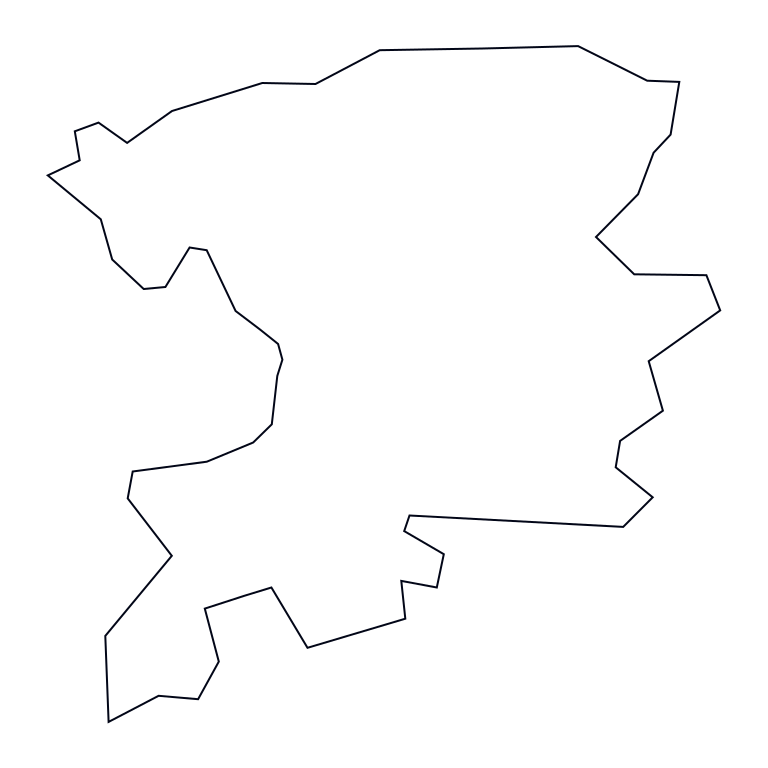 Andijan, Andijon, Uzbekistan
{"feature_id": "79887680B74226906580742", "entity_name": "Andijan", "entity_type": "district", "adm_level": 2, "iso_a3": "UZB", "parent_name": "Uzbekistan", "parent_adm1": "Andijon", "projection": "robinson", "projection_center": [72.393, 40.799], "detail": "fine", "context": "isolated", "style": "outline", "palette": "ink", "viewbox_px": 768, "rotation_deg": 0, "n_neighbors": 0, "source": "geoboundaries", "source_scale": "gbopen_adm2", "svg_char_len": 823}
<svg xmlns="http://www.w3.org/2000/svg" viewBox="0 0 768 768"><path d="M679.3,81.9L647.2,80.7L578.1,46.1L482.7,48.5L379.7,50.2L315.5,84.0L262.3,83.0L172.0,111.0L127.1,142.9L98.5,122.6L74.8,131.3L79.7,160.3L47.8,175.4L100.8,219.3L112.2,259.5L143.7,289.0L165.4,287.0L189.6,247.5L206.7,250.2L235.6,311.0L260.0,329.5L278.1,344.0L282.4,359.7L277.3,375.9L271.8,424.3L253.2,442.5L206.8,461.7L132.7,471.5L127.7,498.4L171.8,555.8L105.3,635.9L108.6,721.9L158.6,695.8L198.1,699.2L218.8,661.6L204.8,608.6L244.0,595.9L271.4,587.5L307.5,647.8L405.3,618.7L401.3,580.9L436.8,587.5L443.8,554.2L404.2,531.1L409.5,515.5L623.2,526.9L652.7,497.3L615.7,467.3L620.1,440.9L662.9,410.7L648.7,361.2L720.2,310.4L706.4,275.2L634.2,274.3L596.0,237.0L638.1,194.2L653.6,152.7L670.6,134.6L679.3,81.9Z" fill="none" stroke="#020617" stroke-width="2"/></svg>